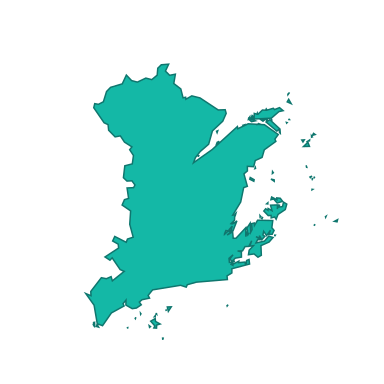 Livingstone, Queensland, Australia (Albers equal-area conic projection), rotated 72°
{"feature_id": "25037944B91391383703186", "entity_name": "Livingstone", "entity_type": "district", "adm_level": 2, "iso_a3": "AUS", "parent_name": "Australia", "parent_adm1": "Queensland", "projection": "albers", "projection_center": [150.606, -22.725], "detail": "fine", "context": "isolated", "style": "filled", "palette": "teal", "viewbox_px": 384, "rotation_deg": 72, "n_neighbors": 0, "source": "geoboundaries", "source_scale": "gbopen_adm2", "svg_char_len": 6106}
<svg xmlns="http://www.w3.org/2000/svg" viewBox="0 0 384 384"><g transform="rotate(72 192 192)"><path d="M107.5,252.2L115.8,248.1L116.5,242.8L123.7,240.8L130.5,235.2L132.5,238.2L139.2,236.4L146.8,240.1L146.3,247.8L157.2,252.8L161.5,250.5L162.8,245.7L167.7,244.1L169.8,246.2L168.1,252.5L178.5,254.3L178.4,258.6L182.8,262.5L191.0,256.2L203.5,261.2L216.8,261.9L216.8,267.9L219.5,270.1L210.4,279.2L214.1,282.6L218.8,278.3L222.6,279.1L226.9,294.8L231.5,291.1L230.0,288.3L243.6,284.3L246.5,281.0L251.9,295.2L247.5,295.1L248.0,300.2L245.5,304.7L255.3,319.0L259.4,320.1L255.8,324.4L269.4,320.1L288.0,322.8L291.5,318.4L282.1,306.0L279.4,291.8L276.9,292.1L274.4,288.2L279.1,289.8L284.5,284.9L285.2,280.7L283.6,275.1L280.4,276.1L279.0,272.9L279.8,265.2L276.8,265.7L272.9,259.7L277.2,231.7L280.7,226.9L278.7,225.1L279.1,215.7L286.2,185.4L282.6,184.6L281.3,179.1L277.3,177.8L278.3,159.5L273.8,158.6L274.0,161.2L276.8,162.4L276.8,163.4L275.0,163.3L273.6,169.5L272.2,168.8L273.3,174.9L271.2,175.3L272.9,176.9L273.5,175.6L274.4,175.8L272.8,177.3L270.9,175.2L270.5,178.2L266.5,177.3L264.4,172.4L267.6,176.9L270.3,175.2L268.3,171.3L269.2,165.1L264.1,163.5L262.2,166.9L263.6,162.1L260.3,158.4L261.3,154.8L256.8,150.3L261.4,153.7L262.0,150.1L265.0,155.6L269.1,157.7L270.1,152.1L274.4,149.4L273.6,145.6L264.3,143.0L263.4,134.1L260.3,129.0L257.7,132.7L261.1,138.3L260.2,146.9L257.7,144.4L258.5,141.6L254.2,144.9L257.1,141.9L254.3,141.4L258.9,140.3L256.7,136.4L254.7,137.8L251.6,136.0L256.5,134.5L252.6,129.2L256.1,131.9L257.0,128.8L253.9,125.8L250.6,127.1L244.1,124.0L239.1,138.3L243.2,143.0L240.7,142.4L240.5,145.1L246.2,146.4L248.4,148.6L239.6,146.3L243.2,150.8L246.4,151.2L247.9,152.2L248.9,150.6L250.2,152.3L248.0,152.5L251.1,154.7L242.6,151.9L249.6,164.5L248.7,167.1L242.5,165.7L243.8,171.9L241.8,167.3L240.3,169.7L242.3,174.2L242.0,174.1L239.1,171.7L241.3,166.9L239.2,168.2L236.8,164.2L240.4,166.7L241.4,164.8L233.3,158.2L234.8,161.9L234.5,164.2L234.2,164.7L232.0,160.3L226.9,158.4L226.6,160.4L216.6,148.8L203.8,141.5L203.7,137.6L190.8,137.0L189.1,132.8L184.7,131.4L187.0,125.5L181.6,122.1L180.7,114.6L174.2,110.2L169.8,96.6L167.3,96.8L164.0,92.2L150.4,102.3L144.5,117.5L146.0,128.9L143.8,128.6L157.9,159.8L164.7,181.6L160.3,178.1L156.1,171.8L151.7,161.4L140.2,153.7L134.2,140.9L127.8,135.2L124.0,135.0L122.1,141.7L105.0,155.3L100.5,162.5L101.9,169.2L99.9,168.8L99.7,171.4L90.5,170.8L83.2,175.8L74.8,171.4L74.1,177.2L68.8,179.9L63.2,174.7L61.5,181.9L63.7,186.3L70.1,189.0L72.7,195.5L69.4,200.7L70.6,210.0L67.4,215.0L60.5,218.3L67.6,224.9L67.3,237.1L70.0,242.2L78.8,248.4L79.7,253.9L77.9,257.2L81.5,259.4L99.0,254.2L102.0,251.0L107.5,252.2ZM135.8,99.7L138.5,105.4L136.5,108.5L141.8,110.3L146.3,93.7L142.4,84.5L142.8,80.2L138.8,82.7L139.1,88.0L137.5,88.8L137.3,95.9L135.8,99.7ZM230.7,114.7L228.8,121.4L234.5,121.7L231.2,124.7L232.9,125.4L230.7,127.1L232.3,129.6L238.0,126.8L238.7,124.0L241.1,124.7L241.3,121.1L243.9,120.4L239.9,117.1L237.5,108.7L232.8,105.6L229.9,108.1L233.8,110.4L233.3,113.8L231.6,112.9L231.1,113.8L234.6,116.1L230.7,114.7ZM159.3,88.9L147.3,95.6L148.4,99.9L160.3,92.5L159.2,89.7L162.5,90.4L163.4,89.9L159.3,88.9ZM302.1,271.2L307.9,268.7L309.5,270.3L310.5,267.8L307.6,266.7L307.7,263.1L303.8,266.7L301.0,266.1L302.1,271.2ZM221.4,117.8L223.7,119.3L223.9,116.5L228.8,114.4L228.9,108.7L225.2,110.0L223.8,113.2L225.6,113.6L221.4,117.8ZM183.2,71.9L184.9,66.2L180.5,66.4L183.2,71.9ZM293.7,251.0L298.2,251.4L294.8,247.2L293.7,251.0ZM143.9,109.7L141.5,112.5L141.6,114.8L143.5,113.7L143.9,109.7ZM133.7,71.4L135.7,73.6L138.6,70.4L133.7,71.4ZM137.8,111.2L140.7,113.4L138.8,110.5L137.8,111.2ZM287.6,326.9L290.6,326.2L286.4,325.1L287.6,326.9ZM205.8,110.1L204.1,112.9L207.2,110.5L205.8,110.1ZM144.6,104.1L146.6,102.6L145.8,100.5L144.6,104.1ZM263.3,62.1L263.9,65.6L265.2,63.3L263.3,62.1ZM288.5,323.2L290.4,324.4L291.6,322.6L288.5,323.2ZM196.2,132.1L197.7,133.1L200.9,129.9L199.5,129.1L196.2,132.1ZM177.1,69.1L176.5,71.5L178.7,71.0L177.1,69.1ZM138.4,113.8L139.6,115.3L141.0,114.5L138.4,113.8ZM173.8,58.3L175.3,59.8L175.4,57.1L173.8,58.3ZM141.8,149.9L143.3,149.8L141.7,148.6L141.8,149.9ZM178.9,64.1L179.9,67.8L179.1,64.7L180.2,64.7L178.9,64.1ZM213.9,73.0L214.2,75.2L214.9,75.0L213.9,73.0ZM152.2,150.4L152.5,152.7L153.4,153.4L152.2,150.4ZM323.5,265.5L322.1,264.6L321.9,265.1L323.5,265.5ZM127.5,68.5L128.6,70.6L129.1,70.7L127.5,68.5ZM140.1,110.9L141.2,112.0L141.9,110.8L140.1,110.9ZM233.6,162.8L234.6,163.0L234.1,161.4L233.6,162.8ZM285.3,324.9L286.1,326.2L286.3,326.2L285.3,324.9ZM199.2,109.8L198.8,108.7L197.5,109.1L199.2,109.8ZM237.7,132.3L238.6,134.0L238.9,133.6L237.7,132.3ZM261.1,85.8L261.8,86.3L260.8,84.9L261.1,85.8ZM305.9,274.0L307.6,274.2L307.2,273.1L305.9,274.0ZM146.5,97.4L146.5,98.8L147.2,99.1L146.5,97.4ZM201.9,75.2L203.9,75.4L204.0,75.2L201.9,75.2ZM226.3,124.6L226.8,123.6L225.7,123.2L226.3,124.6ZM159.4,174.7L160.4,175.3L159.6,174.4L159.4,174.7ZM299.0,266.3L299.2,265.5L298.2,265.1L299.0,266.3ZM258.6,126.6L259.6,127.0L258.8,126.1L258.6,126.6ZM147.4,107.7L148.0,108.4L148.0,106.9L147.4,107.7ZM147.6,94.0L148.3,94.3L148.2,93.8L147.6,94.0ZM188.4,124.2L189.2,124.9L189.2,124.3L188.4,124.2ZM257.3,72.7L256.5,72.0L256.7,72.7L257.3,72.7ZM144.3,121.9L144.3,122.9L144.8,122.7L144.3,121.9ZM175.6,61.0L176.8,61.3L176.8,60.6L175.6,61.0ZM226.5,77.0L227.0,77.2L226.8,76.4L226.5,77.0ZM293.8,284.1L294.7,285.1L295.0,285.0L293.8,284.1ZM137.2,105.5L138.0,106.1L138.2,105.5L137.2,105.5ZM216.0,71.0L215.2,71.0L216.6,71.7L216.0,71.0ZM216.3,72.7L216.6,73.7L217.1,73.7L216.3,72.7ZM301.1,295.3L302.0,295.3L301.1,295.0L301.1,295.3ZM310.4,192.5L310.9,193.8L311.3,193.8L310.4,192.5ZM237.0,135.0L236.7,134.1L235.5,134.6L237.0,135.0ZM139.8,115.6L140.5,116.0L140.5,115.4L139.8,115.6ZM155.0,80.7L155.7,80.7L155.4,80.1L155.0,80.7ZM136.1,95.9L136.9,95.4L135.9,95.7L136.1,95.9ZM296.7,263.7L297.2,263.4L296.1,263.3L296.7,263.7ZM271.3,173.7L270.7,172.5L271.1,174.2L271.3,173.7ZM296.3,253.1L296.6,253.7L296.4,253.4L297.1,253.1L296.3,253.1ZM292.4,278.6L292.1,278.2L291.5,278.4L292.4,278.6ZM152.3,77.4L153.1,77.4L153.2,77.0L152.3,77.4ZM225.8,156.8L226.1,157.4L226.7,157.4L225.8,156.8Z" fill="#14b8a6" stroke="#0f766e" stroke-width="1.5"/></g></svg>